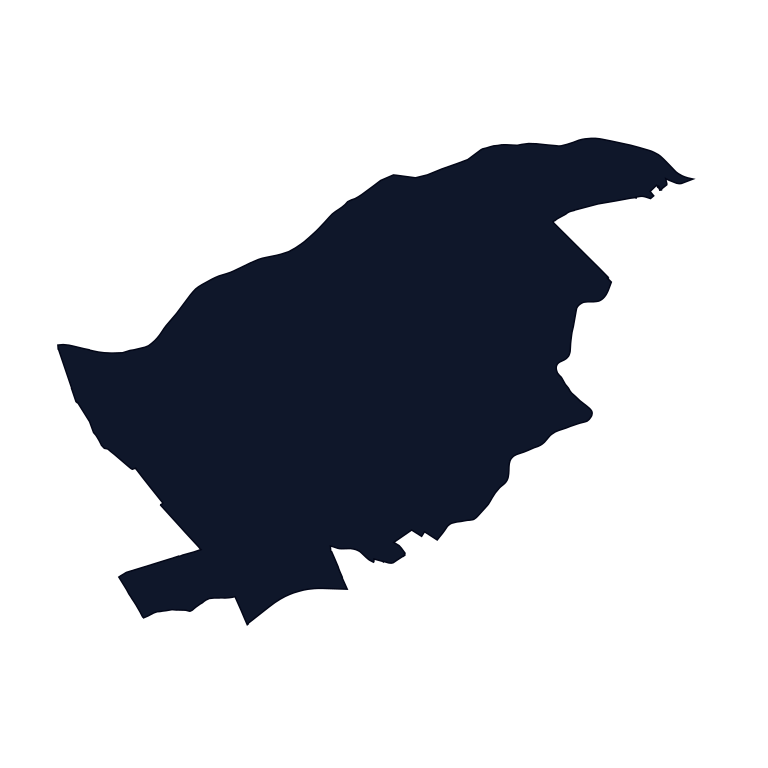 Krimpenerwaard, Zuid-Holland, Netherlands, rotated 176°
{"feature_id": "6326949B8164801118031", "entity_name": "Krimpenerwaard", "entity_type": "district", "adm_level": 2, "iso_a3": "NLD", "parent_name": "Netherlands", "parent_adm1": "Zuid-Holland", "projection": "albers", "projection_center": [4.738, 51.956], "detail": "fine", "context": "isolated", "style": "filled", "palette": "ink", "viewbox_px": 768, "rotation_deg": 176, "n_neighbors": 0, "source": "geoboundaries", "source_scale": "gbopen_adm2", "svg_char_len": 6039}
<svg xmlns="http://www.w3.org/2000/svg" viewBox="0 0 768 768"><g transform="rotate(176 384 384)"><path d="M615.3,278.7L596.7,255.1L592.9,250.2L580.3,234.5L579.0,232.6L578.0,231.5L578.8,231.2L579.7,231.2L585.4,229.7L597.2,227.3L597.2,227.1L597.5,227.0L600.6,226.3L600.8,226.3L600.9,226.6L602.1,226.3L605.7,225.4L607.1,225.0L610.3,224.3L636.6,218.1L653.9,214.1L655.1,213.6L656.1,213.0L659.9,211.1L662.0,209.9L655.1,196.8L653.1,192.3L651.7,189.9L650.3,187.2L648.8,184.6L646.8,180.9L643.1,173.3L641.3,169.1L640.8,168.2L640.3,167.8L640.2,167.8L640.1,167.5L635.5,169.1L629.9,171.6L627.5,172.3L625.8,172.7L624.5,172.6L622.4,172.7L621.1,172.9L616.9,173.1L611.2,173.7L606.8,173.0L605.0,172.9L598.7,172.3L597.4,172.1L593.8,170.9L593.3,170.9L591.6,171.5L590.7,172.0L589.3,173.1L587.2,174.6L582.8,177.3L580.5,178.4L578.6,179.8L576.7,180.9L573.3,182.2L568.1,182.4L563.2,182.0L562.1,182.1L560.6,182.0L557.7,181.6L553.4,181.6L550.3,181.8L547.5,182.3L546.6,179.9L542.3,168.1L539.7,160.5L537.2,153.4L536.2,154.1L536.4,154.6L514.0,169.8L508.1,173.6L502.4,176.7L497.4,179.0L492.8,180.7L488.6,182.0L483.2,183.2L478.5,184.1L473.9,184.6L467.8,184.8L463.5,184.7L460.5,184.5L435.0,181.9L439.4,193.9L439.3,194.1L439.1,194.2L441.4,200.7L442.2,203.4L442.4,203.8L442.3,204.2L442.5,204.8L445.8,214.4L448.0,220.5L448.8,220.6L448.8,221.2L448.8,226.1L447.3,225.7L441.7,223.4L440.0,222.9L437.7,222.6L428.9,222.2L425.9,221.5L423.5,220.7L421.4,219.6L419.7,218.5L418.2,217.0L413.9,212.3L411.6,210.0L410.4,209.1L407.0,207.0L406.8,207.3L406.6,207.3L406.5,207.5L406.2,210.1L398.1,207.3L396.9,206.5L396.7,207.0L392.1,205.3L391.3,205.1L389.3,204.8L388.2,204.9L387.2,205.1L383.1,207.5L377.5,210.6L377.3,210.6L377.0,211.0L376.7,210.8L375.1,211.8L375.2,212.5L375.4,212.4L375.5,213.1L375.2,213.2L375.4,213.6L374.9,213.9L378.1,219.0L380.2,221.7L385.3,225.3L366.6,236.4L357.1,229.4L353.9,233.8L341.8,224.7L339.3,227.5L336.2,230.8L333.9,233.5L330.6,237.7L328.6,239.2L327.4,239.9L326.1,240.4L321.0,241.3L316.8,241.5L313.4,241.9L310.3,242.2L308.0,242.2L305.5,242.4L304.6,242.5L303.5,242.9L301.3,244.3L299.7,245.7L289.5,255.5L288.2,256.9L286.0,260.0L283.8,263.3L280.6,267.6L276.1,272.3L275.0,273.2L270.8,276.2L269.5,277.4L268.7,278.4L267.9,279.5L267.4,280.5L266.9,281.6L266.5,282.9L265.9,285.7L265.5,288.7L265.1,292.7L264.8,294.7L264.4,296.4L263.6,298.7L262.5,300.5L261.3,301.7L259.9,302.9L258.6,303.6L256.5,304.5L249.1,306.4L244.8,307.8L238.7,310.0L234.8,311.0L232.1,312.1L230.3,313.1L228.1,314.7L226.9,315.9L223.4,319.5L221.7,321.2L219.9,322.4L216.5,324.3L212.9,325.5L205.4,327.4L201.0,328.8L194.2,330.6L191.3,331.3L186.3,332.2L184.2,332.7L182.4,333.9L181.5,334.7L179.9,336.6L179.1,337.8L178.8,338.6L178.5,339.8L178.4,340.3L178.4,341.0L178.6,342.2L179.0,343.0L179.5,343.8L180.4,345.0L182.9,347.5L189.9,353.8L193.4,357.7L197.5,361.9L198.9,364.0L200.3,367.0L203.2,371.1L206.2,377.5L206.7,378.3L206.9,378.7L208.5,380.4L209.2,381.5L210.1,382.7L210.7,384.6L211.0,386.0L211.1,387.5L211.0,388.8L210.7,389.9L210.3,390.7L209.8,391.6L208.7,392.7L207.3,393.6L202.5,395.5L200.5,396.6L199.3,397.6L198.0,398.9L197.5,399.7L196.9,401.0L196.3,402.6L196.0,403.9L195.6,406.8L195.0,411.5L194.5,414.4L193.4,420.0L192.8,422.7L191.1,428.2L187.0,444.5L186.5,446.2L185.5,447.7L184.2,449.0L182.6,450.1L181.1,450.9L179.3,451.6L178.1,451.7L175.2,451.8L169.0,451.4L166.1,451.5L164.3,451.7L163.2,452.0L161.9,452.6L160.8,453.2L159.4,454.2L158.0,455.5L156.3,457.5L155.2,459.2L154.0,461.3L153.1,463.2L150.1,469.8L152.1,472.1L153.6,473.6L153.0,473.8L153.6,474.7L153.0,474.9L160.6,483.8L176.8,502.3L203.2,532.5L204.2,534.1L203.7,534.4L202.7,534.9L202.2,535.0L201.9,535.2L202.1,535.3L199.1,537.0L190.8,540.8L189.2,541.9L187.5,542.7L185.5,543.3L183.6,543.6L182.1,543.9L182.1,544.1L158.0,548.7L140.0,550.5L125.0,552.2L120.7,552.4L119.5,551.9L119.3,552.3L119.4,552.9L115.2,553.3L113.2,553.2L111.4,552.8L109.6,552.2L105.2,550.4L101.8,552.9L105.1,557.5L98.2,563.3L97.5,562.5L97.4,562.1L97.5,561.8L97.3,561.3L96.1,562.2L95.9,561.7L96.4,561.4L96.1,560.0L95.7,560.1L95.4,558.1L93.8,558.2L93.9,558.6L93.6,558.8L93.8,559.0L88.0,563.0L87.9,564.4L88.3,566.5L88.7,569.3L85.5,567.4L78.2,563.9L76.2,563.4L74.9,563.2L73.3,563.3L61.4,566.9L66.5,568.4L69.7,569.7L72.1,570.9L75.7,573.3L77.7,575.0L79.1,576.6L84.6,583.2L89.2,588.6L92.3,591.9L94.4,593.7L98.4,596.2L100.8,597.5L103.2,598.5L113.2,602.2L121.3,605.0L139.6,610.3L149.1,612.9L151.9,613.6L155.9,614.3L160.3,614.6L166.4,614.5L169.4,614.2L172.6,613.6L178.5,611.8L184.6,610.3L190.7,609.2L193.1,609.2L196.2,609.8L203.9,611.0L215.2,613.0L219.3,613.4L222.8,613.8L229.9,613.4L234.3,612.8L246.0,614.2L249.9,614.4L253.8,614.0L258.0,613.9L261.6,613.2L265.4,612.3L269.1,611.7L270.8,611.0L284.8,602.0L295.6,598.8L310.9,594.6L326.1,589.6L338.2,587.5L356.7,591.3L360.0,591.9L373.1,587.3L380.1,582.7L393.0,574.5L396.4,572.6L400.0,570.9L403.8,569.9L407.5,568.4L410.3,565.7L413.5,563.4L416.5,561.6L420.4,559.4L423.7,557.2L426.6,554.6L431.9,549.5L438.3,543.6L440.8,541.4L449.3,534.7L454.3,531.0L458.4,528.5L463.1,525.8L470.0,522.6L477.6,520.7L482.0,519.9L492.7,518.5L496.8,517.9L500.5,517.0L508.6,514.2L525.9,507.3L529.3,506.1L533.5,505.0L541.0,503.3L544.8,502.0L548.3,500.6L558.5,495.9L562.3,493.9L565.3,491.9L568.2,489.2L570.8,486.5L586.1,468.8L597.1,457.6L599.6,454.7L601.8,451.8L604.5,448.4L607.1,445.6L609.7,443.2L613.0,440.7L616.2,438.6L619.8,437.4L631.2,435.5L635.0,435.2L642.6,433.4L653.4,433.8L661.0,434.7L666.6,435.8L671.6,437.2L675.5,438.4L675.6,438.7L680.7,440.1L691.8,443.6L695.6,444.7L701.3,445.7L706.6,445.6L706.6,442.0L706.4,442.1L706.2,441.1L695.8,401.5L696.0,401.4L692.5,387.9L691.7,387.1L691.6,387.4L690.8,386.7L680.8,367.9L680.6,368.0L677.1,355.8L675.0,353.0L673.7,350.6L672.1,347.4L670.4,343.4L670.1,342.8L670.1,342.4L669.5,341.9L668.0,339.9L667.3,339.3L664.9,338.7L664.3,338.5L663.7,338.1L661.3,335.7L657.9,332.6L644.7,319.6L642.6,317.6L641.7,316.9L641.0,316.5L637.6,317.4L637.4,316.8L637.5,316.7L636.4,315.2L631.9,308.4L624.7,297.8L615.4,284.3L612.9,280.7L613.0,280.4L613.5,280.1L613.7,279.8L615.1,279.3L615.3,278.7Z" fill="#0f172a" stroke="#020617" stroke-width="1.5"/></g></svg>